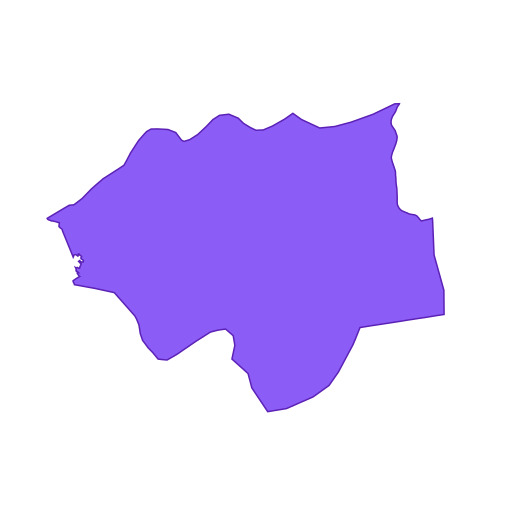 At Tall, Rif Dimashq, Syria (orthographic projection), rotated 71°
{"feature_id": "27442178B63006606807907", "entity_name": "At Tall", "entity_type": "district", "adm_level": 2, "iso_a3": "SYR", "parent_name": "Syria", "parent_adm1": "Rif Dimashq", "projection": "orthographic", "projection_center": [36.331, 33.701], "detail": "fine", "context": "isolated", "style": "filled", "palette": "violet", "viewbox_px": 512, "rotation_deg": 71, "n_neighbors": 0, "source": "geoboundaries", "source_scale": "gbopen_adm2", "svg_char_len": 4698}
<svg xmlns="http://www.w3.org/2000/svg" viewBox="0 0 512 512"><g transform="rotate(71 256 256)"><path d="M224.0,437.0L231.5,423.7L234.5,418.3L234.6,418.2L244.5,401.9L250.6,399.4L273.1,390.1L276.4,389.5L283.0,389.1L291.9,390.7L292.7,390.7L298.9,390.7L302.5,389.5L307.7,387.9L313.4,385.2L321.6,382.1L323.4,378.4L325.4,373.9L323.1,362.2L321.2,355.5L320.8,354.0L317.1,340.6L313.1,323.9L313.7,316.3L314.4,312.4L315.2,308.5L323.9,303.5L333.6,305.1L345.6,312.3L364.5,301.8L373.1,302.4L379.3,302.9L407.0,295.6L410.2,276.8L409.1,263.8L407.8,247.9L402.2,229.1L392.5,215.8L385.5,208.3L371.3,193.0L370.8,192.6L369.5,191.4L369.0,191.0L368.8,190.8L368.6,190.7L368.2,190.3L368.1,190.1L357.9,181.3L357.5,181.0L359.5,169.5L362.5,153.2L364.8,140.4L366.1,132.8L367.7,124.1L367.8,123.4L368.4,120.4L368.7,118.7L369.4,115.0L370.9,106.1L372.4,97.8L372.5,97.2L349.5,89.5L313.0,87.3L280.1,77.5L277.6,76.9L277.6,77.3L277.6,79.3L277.6,79.8L277.4,81.6L277.1,84.2L277.0,84.7L277.0,84.9L276.9,85.8L276.8,87.9L276.2,88.5L274.3,89.4L273.3,89.7L272.0,90.2L270.4,90.9L270.0,91.3L268.8,92.5L268.7,92.7L268.1,93.9L267.9,94.3L267.6,94.8L266.9,96.1L266.4,97.0L265.8,97.8L265.1,98.5L264.5,99.0L264.1,99.6L263.3,100.5L261.2,102.8L260.9,103.2L259.3,104.3L259.0,104.4L257.9,104.9L257.0,105.2L254.1,105.6L253.3,105.5L252.8,105.5L252.3,105.3L250.1,104.7L249.8,104.6L247.7,103.8L246.5,103.4L239.6,101.3L237.3,100.7L234.4,100.2L233.4,100.0L231.5,99.5L227.5,98.3L225.2,97.8L224.3,97.5L223.1,97.1L222.3,96.9L221.9,96.8L220.7,96.6L217.1,96.5L211.6,96.5L207.5,96.2L205.8,95.5L202.4,93.2L199.6,90.7L196.4,88.1L195.5,87.3L194.6,86.7L194.2,86.4L192.4,85.2L192.2,85.1L189.5,83.8L188.2,83.6L184.0,83.6L183.1,83.6L182.7,83.6L182.4,83.7L181.1,84.0L179.7,84.4L179.0,84.6L178.8,84.7L177.4,85.0L176.5,85.2L175.4,85.2L172.7,84.5L170.6,83.3L169.3,82.2L168.3,81.3L165.7,78.0L164.7,76.9L164.0,76.3L163.4,75.8L160.9,73.7L160.3,72.8L159.5,71.7L159.0,71.0L158.7,70.8L157.3,75.3L160.1,99.3L160.4,122.5L159.2,139.4L155.7,154.1L141.8,168.5L133.1,174.7L135.9,184.4L138.5,198.3L139.1,207.2L139.2,208.0L137.8,212.7L137.1,215.1L132.7,219.5L126.6,224.6L119.9,227.9L113.1,235.5L112.1,240.1L111.1,244.7L113.0,252.4L117.4,260.9L122.1,271.4L124.4,280.7L124.2,286.7L122.3,288.7L113.1,291.7L107.7,298.1L103.8,307.7L101.8,313.9L102.7,318.9L104.3,321.9L108.5,329.3L112.0,333.8L117.1,340.3L117.6,341.0L118.8,342.2L124.1,347.8L127.2,351.3L128.7,357.0L133.2,375.5L134.2,377.9L136.6,384.0L139.1,390.0L140.9,393.5L144.2,400.1L145.0,401.6L148.3,411.5L147.2,416.1L148.4,422.1L152.4,441.2L152.5,441.2L153.0,441.1L153.3,441.1L153.5,440.9L153.8,440.7L154.0,440.6L154.3,440.3L154.4,440.2L154.5,440.1L154.7,439.8L154.8,439.7L154.9,439.4L155.0,439.3L155.0,439.2L155.3,439.0L155.3,438.9L156.1,438.2L156.3,438.0L156.3,437.9L156.3,437.7L156.4,437.4L156.5,437.3L156.5,437.2L157.3,435.9L157.5,435.6L158.3,434.3L158.8,433.5L159.4,432.9L159.6,432.7L159.8,432.3L160.4,431.1L161.1,431.4L162.1,431.9L162.8,432.2L163.9,432.7L164.2,432.6L164.4,432.6L165.0,432.3L165.4,432.1L166.3,431.5L167.5,430.7L167.8,430.6L168.0,430.6L168.9,430.8L169.0,430.8L185.0,429.9L197.4,429.2L197.6,429.2L197.3,428.9L195.9,427.9L195.8,427.0L195.9,426.3L196.1,425.8L196.5,425.5L197.0,425.2L197.6,424.8L198.1,424.5L198.1,424.3L197.8,424.1L197.1,423.9L196.6,423.6L196.2,423.2L196.3,422.8L197.0,422.6L197.6,422.5L198.0,422.2L198.3,421.7L199.2,421.4L199.7,421.1L200.0,421.4L200.3,421.7L200.5,422.0L200.8,422.2L201.1,422.3L201.6,422.1L201.9,422.0L202.4,421.7L202.9,421.3L203.4,421.0L204.1,420.6L204.6,420.8L204.9,421.0L205.3,421.3L205.4,421.7L205.2,421.9L205.1,422.1L204.9,422.8L204.5,423.4L204.1,424.0L203.6,424.4L203.3,424.2L203.1,424.0L202.9,424.0L202.9,424.4L203.2,424.9L203.2,425.2L203.4,425.5L203.5,425.4L203.8,425.3L204.0,425.2L204.5,424.9L205.1,424.8L205.4,424.6L205.8,424.1L206.4,423.8L206.6,423.9L206.9,424.1L207.2,424.5L207.4,424.7L207.5,424.8L207.8,425.0L208.0,425.1L208.3,425.4L208.5,425.7L208.7,425.9L209.6,426.4L210.0,426.7L209.9,426.9L210.0,427.5L209.8,427.7L209.4,428.0L209.1,428.2L208.9,428.4L208.6,428.8L208.6,429.1L208.8,429.6L208.8,429.9L208.5,430.2L208.1,430.5L208.4,430.5L208.7,430.4L209.0,430.3L209.4,430.3L209.6,430.4L209.9,430.4L210.2,430.4L210.5,430.5L210.8,430.6L211.3,431.0L212.1,430.8L212.5,430.0L213.2,429.6L213.4,429.5L214.0,429.2L213.8,429.8L213.7,430.4L213.9,430.6L214.0,430.6L214.3,430.7L216.0,430.2L217.4,429.7L217.6,429.6L217.9,429.4L217.9,429.6L218.0,429.8L218.3,431.1L218.6,432.5L218.8,433.3L219.1,434.4L219.4,435.5L219.8,437.0L220.4,437.2L220.6,437.2L220.9,437.2L221.1,437.2L221.4,437.2L221.5,437.2L221.8,437.2L222.4,437.0L222.5,437.0L222.7,436.9L222.8,436.9L223.0,436.9L223.3,436.9L223.5,436.9L223.8,436.9L224.0,437.0L224.0,437.0Z" fill="#8b5cf6" stroke="#5b21b6" stroke-width="1.5"/></g></svg>